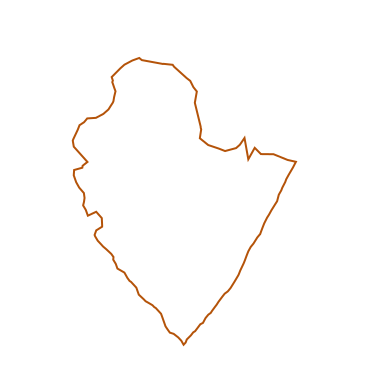 Langtang South, Plateau, Nigeria, rotated 343°
{"feature_id": "59680162B99351931357354", "entity_name": "Langtang South", "entity_type": "district", "adm_level": 2, "iso_a3": "NGA", "parent_name": "Nigeria", "parent_adm1": "Plateau", "projection": "natural_earth1", "projection_center": [9.811, 8.594], "detail": "fine", "context": "isolated", "style": "outline", "palette": "amber", "viewbox_px": 384, "rotation_deg": 343, "n_neighbors": 0, "source": "geoboundaries", "source_scale": "gbopen_adm2", "svg_char_len": 2006}
<svg xmlns="http://www.w3.org/2000/svg" viewBox="0 0 384 384"><g transform="rotate(343 192 192)"><path d="M300.2,193.5L292.8,189.3L281.0,179.7L269.0,175.9L264.9,168.1L255.4,177.2L258.0,155.7L251.6,160.8L247.0,162.9L235.6,162.5L230.3,158.3L221.2,151.8L215.2,142.9L219.1,134.8L219.1,133.2L219.4,131.9L220.8,107.5L226.0,97.3L224.0,92.2L222.8,85.2L220.3,81.7L211.5,67.0L210.7,64.7L202.2,61.1L201.7,61.1L182.6,51.2L180.7,48.4L173.4,48.8L164.6,50.5L159.6,52.8L153.3,56.2L148.8,58.6L148.9,62.3L147.9,63.6L147.9,63.8L148.0,66.0L148.1,69.7L148.3,73.3L145.3,78.4L143.4,82.2L142.4,83.4L139.3,86.0L136.3,88.6L133.7,89.8L133.4,89.9L130.1,91.4L121.8,93.0L117.5,92.0L113.3,91.0L111.2,92.4L109.2,93.7L104.0,95.2L101.0,99.0L94.0,106.7L93.0,108.0L92.2,114.1L100.8,132.7L95.1,134.9L94.2,136.7L85.7,136.5L83.8,141.5L84.1,148.8L85.4,154.8L88.3,161.4L87.5,166.3L85.8,169.9L84.0,172.9L84.0,173.2L85.2,178.1L85.5,184.2L94.6,182.9L98.1,190.6L96.3,197.7L95.9,198.9L89.2,200.7L86.3,204.6L86.4,206.1L87.6,211.0L89.9,215.7L91.0,218.1L93.3,221.7L96.7,227.6L97.9,231.2L96.9,233.7L98.1,238.5L98.3,243.4L103.8,249.3L105.1,255.3L106.3,258.8L107.4,260.1L110.8,267.2L111.1,274.6L114.5,280.5L115.7,282.9L117.9,285.2L121.1,288.7L122.3,291.1L123.4,292.3L126.8,299.4L127.0,303.1L127.2,308.0L127.4,312.8L128.5,316.4L129.7,320.0L133.0,322.3L136.3,327.0L138.3,331.1L139.3,335.6L141.9,334.1L143.9,331.5L149.0,328.8L152.1,326.6L154.3,326.0L161.3,320.9L164.2,320.4L168.1,316.5L171.7,314.1L174.6,313.1L176.2,311.7L180.5,308.5L182.6,307.0L185.3,304.7L190.5,300.9L193.5,298.8L197.2,297.5L200.8,295.1L206.2,290.4L207.3,289.4L211.7,285.4L212.5,284.6L215.2,281.2L220.5,275.4L222.3,273.2L225.8,268.6L228.5,265.2L232.1,261.7L233.0,261.1L235.7,259.3L241.1,254.6L244.6,252.3L244.8,252.3L246.5,250.0L249.2,246.5L251.9,243.1L256.3,238.5L259.0,236.2L262.6,232.7L268.0,228.0L270.7,225.7L274.2,220.0L276.3,218.0L277.8,216.6L279.6,214.3L284.1,209.7L285.8,207.4L289.4,203.9L295.7,198.1L300.2,193.5L300.2,193.5Z" fill="none" stroke="#b45309" stroke-width="2"/></g></svg>